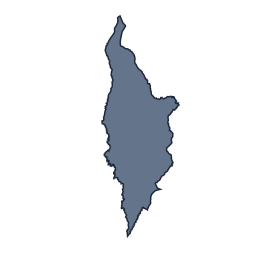 outline of Ramapepe, Leribe, Lesotho, rotated 205°
{"feature_id": "5366337B9822317619474", "entity_name": "Ramapepe", "entity_type": "district", "adm_level": 2, "iso_a3": "LSO", "parent_name": "Lesotho", "parent_adm1": "Leribe", "projection": "robinson", "projection_center": [28.135, -29.017], "detail": "fine", "context": "isolated", "style": "filled", "palette": "slate", "viewbox_px": 256, "rotation_deg": 205, "n_neighbors": 0, "source": "geoboundaries", "source_scale": "gbopen_adm2", "svg_char_len": 5773}
<svg xmlns="http://www.w3.org/2000/svg" viewBox="0 0 256 256"><g transform="rotate(205 128 128)"><path d="M183.9,223.2L183.2,222.3L182.5,221.2L182.5,220.5L181.9,219.5L181.9,215.6L182.3,212.8L182.1,212.0L181.0,210.3L180.7,208.0L181.9,201.7L182.2,198.5L182.1,196.4L182.6,195.4L181.9,194.8L182.2,193.6L182.5,193.1L181.8,190.7L181.7,189.3L180.7,187.7L179.4,186.7L177.8,184.6L177.3,184.7L176.7,184.4L175.9,183.7L174.8,182.2L173.5,181.5L172.7,180.1L172.1,178.4L170.3,177.0L170.1,176.3L169.4,175.3L168.9,175.0L167.9,174.8L166.9,173.9L166.8,172.4L166.6,172.1L166.4,171.0L165.4,168.4L164.3,168.1L164.2,167.4L161.8,165.0L161.6,164.4L161.9,163.3L161.6,162.9L161.5,162.0L160.8,161.3L159.8,158.8L159.8,157.5L160.2,156.8L160.1,156.3L159.3,154.9L159.2,152.9L159.6,151.0L159.6,149.2L159.3,148.8L159.1,147.6L158.5,147.4L158.4,146.0L158.6,145.5L158.1,144.9L158.4,144.5L157.7,143.9L157.8,142.8L157.5,142.4L158.1,141.2L157.1,140.9L156.8,140.0L157.2,139.6L157.4,138.4L157.7,137.7L157.5,137.4L156.8,137.6L156.5,137.0L156.8,135.9L155.8,135.5L156.0,133.9L154.7,129.3L154.6,127.3L153.7,126.0L153.6,125.3L153.5,124.5L153.9,123.9L154.5,123.6L154.3,122.8L153.0,121.0L151.3,121.2L150.0,121.0L149.8,120.3L149.5,120.3L149.0,119.6L148.7,119.6L148.4,119.1L147.0,118.2L146.9,117.4L146.3,116.6L145.8,116.5L145.5,116.1L145.8,115.3L144.6,114.3L144.1,114.2L143.4,114.4L142.7,113.9L141.9,112.5L141.1,111.8L141.1,111.6L141.7,111.4L141.5,110.9L141.6,109.9L141.3,109.4L140.7,109.8L140.4,109.4L140.8,109.1L140.0,109.0L140.5,107.8L141.3,107.1L141.1,106.8L140.6,106.9L140.5,105.9L139.1,105.4L138.7,104.9L137.5,105.0L137.2,104.3L136.5,104.0L136.0,103.4L135.6,101.6L136.0,100.7L135.7,99.2L136.4,99.7L136.9,99.0L137.2,97.8L137.9,96.7L138.1,96.2L138.1,95.4L137.9,95.0L138.4,94.2L138.2,93.5L137.0,92.8L136.3,92.7L136.0,92.3L135.6,92.8L134.9,92.8L134.4,91.5L133.5,90.8L133.6,90.1L132.9,90.1L133.2,89.5L132.7,88.8L131.9,89.7L132.0,90.2L131.6,90.4L131.4,90.3L131.2,89.3L131.6,88.8L130.7,88.2L130.5,86.3L130.3,86.3L129.3,87.6L129.3,87.8L129.7,87.8L129.4,88.2L128.7,88.1L128.6,87.9L128.8,87.6L128.6,86.9L128.2,86.9L127.9,86.3L127.7,86.6L128.0,87.3L126.8,86.6L126.4,87.8L125.8,87.6L125.7,87.9L126.2,88.6L126.0,88.9L125.3,88.7L124.5,87.9L124.1,87.0L123.5,86.8L123.2,87.1L122.9,86.9L122.6,86.6L121.8,84.8L121.9,83.6L121.7,82.7L122.2,81.6L121.4,80.4L121.1,80.5L120.6,81.2L120.4,81.0L120.4,80.6L119.9,79.9L119.7,77.0L119.7,76.4L119.4,76.2L119.2,77.5L118.1,77.7L117.9,78.1L116.4,78.5L115.7,77.1L115.4,76.9L114.9,77.0L114.1,76.5L113.5,75.6L112.3,75.9L111.4,75.9L110.8,75.3L110.8,74.7L110.6,74.5L110.3,74.9L109.1,75.4L108.6,75.2L108.2,74.8L108.0,73.4L107.0,72.2L106.9,71.7L107.1,70.7L106.7,70.1L106.8,69.7L105.6,68.5L105.6,67.7L105.0,66.3L105.5,65.3L105.4,64.9L104.0,64.5L103.2,63.4L102.7,62.1L101.6,62.3L101.1,61.7L101.7,60.8L101.6,59.8L102.7,59.0L102.4,58.2L101.7,57.9L101.8,57.2L101.2,56.7L101.0,55.8L101.2,55.2L100.3,54.2L100.3,52.7L99.7,52.3L98.5,53.6L97.1,53.2L97.3,52.4L97.2,51.9L96.2,51.5L95.4,50.4L92.6,48.4L92.4,47.9L92.6,46.4L90.2,45.0L89.9,44.1L89.5,43.7L87.8,42.9L87.1,41.3L86.9,40.4L85.0,37.6L85.0,36.9L85.6,35.4L85.4,33.8L84.5,33.0L82.7,29.8L82.2,32.2L81.5,33.6L82.3,35.1L81.9,35.7L82.5,36.4L81.6,37.4L81.5,38.5L81.8,39.2L81.6,39.9L81.9,40.2L81.4,40.7L81.3,42.0L81.6,42.9L81.5,43.2L81.7,43.4L81.5,43.8L81.8,44.3L81.7,45.3L81.1,45.9L81.6,46.4L81.3,46.7L81.5,47.2L81.4,48.1L80.9,49.5L81.5,50.3L81.1,50.9L81.8,52.1L81.3,52.7L81.3,53.1L81.5,53.1L81.8,52.7L82.0,53.1L81.4,53.8L81.5,55.1L80.7,55.8L80.9,56.1L81.4,56.3L81.3,58.4L80.8,59.0L81.2,59.2L80.9,60.1L81.4,61.3L80.8,61.8L81.1,62.3L80.8,62.5L80.1,62.4L79.5,62.0L78.0,62.2L75.8,62.0L76.3,63.5L76.0,64.0L76.2,66.2L75.7,68.4L75.8,69.8L76.8,71.2L77.4,73.5L78.0,74.3L78.4,75.7L78.3,76.6L78.6,78.4L78.1,78.9L77.7,80.6L76.8,82.6L75.6,83.8L72.8,86.1L75.4,85.9L76.2,86.1L80.0,89.4L79.5,90.6L78.6,90.9L78.6,91.7L78.2,92.8L77.4,93.8L77.2,94.9L77.2,97.2L76.9,99.1L76.2,99.6L75.5,101.0L75.4,101.9L75.6,103.5L74.8,104.2L74.1,105.7L73.9,108.7L73.3,111.5L72.1,112.2L72.2,113.4L72.9,113.3L73.1,113.9L73.0,114.9L72.5,115.5L75.4,118.0L76.4,120.1L77.8,122.0L80.3,122.0L81.8,123.2L83.0,123.3L83.2,123.9L84.2,124.9L84.3,125.7L84.2,127.2L83.8,127.8L82.3,131.8L82.0,133.2L83.4,135.0L84.2,137.1L83.8,138.8L84.9,141.8L85.6,142.4L88.0,143.2L88.3,143.6L89.4,143.3L89.8,144.3L90.1,145.7L92.1,147.2L92.7,147.8L92.8,148.7L93.2,149.1L93.9,149.2L94.1,149.6L94.5,150.6L94.7,152.1L96.0,154.1L96.5,155.3L96.7,156.6L96.1,156.9L95.2,159.1L95.5,159.7L94.9,161.0L94.8,163.9L93.4,163.9L93.3,164.7L92.7,165.8L92.5,166.5L92.7,167.1L92.3,167.5L92.4,168.3L92.3,168.9L91.5,170.4L92.6,171.2L93.4,171.0L93.1,171.8L93.9,171.6L94.6,170.6L95.2,170.6L96.0,171.4L95.3,172.7L95.4,172.9L96.3,173.1L96.8,173.8L98.7,174.5L99.0,175.4L99.8,175.6L100.5,175.4L100.2,174.8L100.8,174.3L101.3,174.4L101.8,174.9L102.0,174.9L103.2,174.5L104.0,173.6L105.6,173.1L106.5,171.1L107.3,170.5L107.5,170.1L108.1,169.5L109.5,169.6L110.2,170.0L110.6,169.5L111.1,169.4L111.1,167.9L111.5,167.1L112.8,167.2L113.8,166.6L114.5,166.6L115.0,167.0L115.9,166.3L116.5,166.3L117.1,166.7L117.7,166.6L117.9,167.1L118.5,167.4L120.5,168.0L121.4,168.8L122.0,170.2L122.5,170.7L122.8,171.3L123.7,171.8L124.3,173.5L124.9,173.7L125.7,175.7L127.2,177.3L127.8,177.2L128.6,176.4L129.5,177.2L130.3,179.2L130.7,179.6L131.2,179.4L131.8,180.0L133.0,180.0L135.6,182.4L137.2,183.5L138.4,184.0L138.9,184.8L140.7,185.5L142.7,185.7L143.7,186.4L144.8,186.7L147.4,188.8L149.4,190.0L150.1,191.0L150.7,193.2L151.4,194.5L152.7,196.1L153.8,197.1L156.8,198.7L158.4,198.7L158.5,199.1L159.1,199.5L160.1,199.1L161.1,199.6L162.1,199.5L163.5,198.8L167.4,199.5L168.8,199.3L169.7,199.5L170.5,201.2L171.0,201.7L171.6,203.2L172.5,206.2L174.0,212.7L173.3,219.2L173.7,219.8L176.6,220.9L177.3,221.3L182.6,226.2L183.8,224.2L183.9,223.2Z" fill="#64748b" stroke="#1e293b" stroke-width="1.5"/></g></svg>